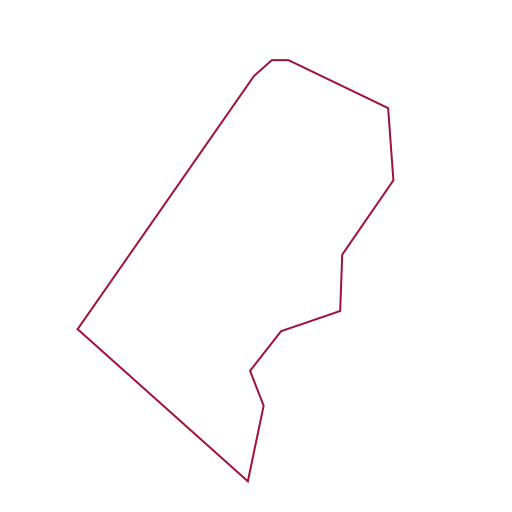 an SVG outline of Coventry, rotated 302°
{"feature_id": "GBR-5696", "entity_name": "Coventry", "entity_type": "Metropolitan Borough", "adm_level": 1, "iso_a3": "GBR", "parent_name": "United Kingdom", "parent_adm1": "", "projection": "natural_earth1", "projection_center": [-1.533, 52.398], "detail": "fine", "context": "isolated", "style": "outline", "palette": "rose", "viewbox_px": 512, "rotation_deg": 302, "n_neighbors": 0, "source": "natural_earth", "source_scale": "10m", "svg_char_len": 319}
<svg xmlns="http://www.w3.org/2000/svg" viewBox="0 0 512 512"><g transform="rotate(302 256 256)"><path d="M60.6,368.5L99.4,143.5L407.6,158.9L430.5,165.6L439.3,179.7L451.4,289.7L393.0,332.4L302.9,328.4L254.0,356.5L205.5,317.1L155.5,311.8L133.1,341.8L60.6,368.5Z" fill="none" stroke="#9f1239" stroke-width="2"/></g></svg>